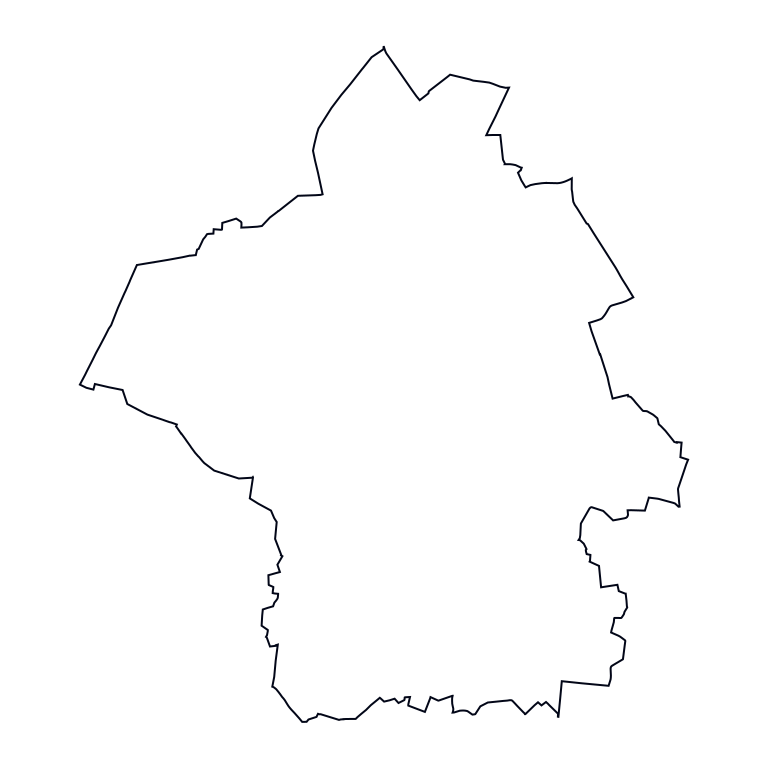 the district of Degoles pag., Tukums, Latvia
{"feature_id": "27541924B73428476484731", "entity_name": "Degoles pag.", "entity_type": "district", "adm_level": 2, "iso_a3": "LVA", "parent_name": "Latvia", "parent_adm1": "Tukums", "projection": "orthographic", "projection_center": [23.152, 56.88], "detail": "fine", "context": "isolated", "style": "outline", "palette": "ink", "viewbox_px": 768, "rotation_deg": 0, "n_neighbors": 0, "source": "geoboundaries", "source_scale": "gbopen_adm2", "svg_char_len": 6052}
<svg xmlns="http://www.w3.org/2000/svg" viewBox="0 0 768 768"><path d="M557.9,716.7L558.4,716.8L560.1,699.4L561.8,681.2L581.9,683.3L608.6,685.8L610.2,680.7L610.6,679.3L610.8,677.7L610.9,675.6L610.6,668.7L610.8,667.4L611.2,666.5L612.0,665.8L615.3,663.8L622.9,659.3L623.1,658.1L624.7,645.5L625.3,641.1L625.2,640.6L624.9,640.2L622.5,638.4L620.2,636.7L618.4,635.7L611.1,632.5L611.5,630.4L613.2,624.4L613.8,622.2L614.2,618.3L614.4,618.0L614.9,617.9L620.9,618.0L621.3,617.9L621.7,617.5L623.0,615.6L623.9,614.2L624.4,612.3L624.6,611.7L627.2,607.5L627.2,607.2L626.9,606.3L626.5,600.8L625.7,593.7L625.4,593.7L618.8,591.1L617.4,584.8L601.1,587.3L599.0,565.9L592.4,562.9L589.6,561.6L590.0,560.7L590.1,559.3L590.4,555.5L590.4,554.9L586.7,554.1L586.0,551.6L585.8,550.0L586.5,549.1L583.8,543.7L580.0,540.2L578.6,540.0L579.8,538.2L580.3,535.1L580.8,525.0L580.9,523.5L589.5,508.5L590.5,507.5L591.0,507.3L591.7,507.2L602.8,510.8L603.4,511.1L612.8,520.1L613.1,520.4L624.4,518.3L625.9,517.9L627.0,517.1L627.6,516.1L627.9,515.4L628.0,514.6L627.6,510.3L631.1,510.2L644.9,510.6L648.7,498.2L648.8,497.6L656.9,498.6L658.7,498.9L673.4,502.9L674.5,503.3L675.0,503.5L675.5,503.9L678.0,506.2L678.5,506.7L679.6,506.6L679.0,500.8L678.8,497.8L678.4,493.9L678.0,489.5L678.1,488.4L679.1,485.5L681.2,479.3L684.9,468.3L686.2,464.4L686.8,462.9L688.1,459.7L680.4,457.2L681.0,449.5L681.3,445.8L681.6,442.6L676.9,442.1L676.8,442.7L674.2,441.9L673.6,441.0L665.5,430.9L661.0,426.2L658.8,424.3L657.4,418.4L657.2,418.1L655.3,416.5L654.0,415.4L652.8,414.5L648.9,412.3L647.2,411.3L646.8,411.3L646.4,411.1L645.8,411.1L643.6,411.0L642.9,410.8L642.3,410.2L637.5,404.7L635.5,402.4L633.7,400.1L631.2,397.4L630.7,397.0L628.7,396.3L628.2,396.4L628.1,395.5L627.9,394.9L623.5,395.9L612.6,398.6L609.0,384.1L607.5,377.0L606.0,372.4L600.2,354.3L599.8,354.5L591.5,331.1L589.1,322.9L596.8,320.5L600.5,319.2L602.0,318.3L603.2,316.9L604.1,315.8L605.2,314.3L606.4,312.4L607.9,309.8L608.8,308.3L609.8,306.8L610.4,306.3L610.8,306.0L612.1,305.4L622.0,302.5L625.9,301.1L633.3,297.3L632.9,296.6L626.8,286.5L622.3,279.4L620.3,276.0L618.0,271.8L615.7,267.8L593.7,233.3L588.0,224.1L586.6,223.5L581.8,215.8L578.9,211.1L577.0,208.1L574.7,204.8L573.9,203.0L573.4,202.0L573.2,201.1L572.8,197.8L572.1,191.5L571.9,190.7L571.7,189.2L571.8,178.6L571.8,178.3L570.6,179.0L567.2,180.6L565.3,181.4L563.3,182.1L561.1,182.7L559.5,183.0L557.6,183.2L548.2,183.0L546.1,183.0L546.1,182.9L541.9,183.2L535.2,184.1L530.5,185.1L527.5,186.5L525.7,187.4L525.0,186.4L521.3,180.3L518.0,172.7L520.6,170.2L520.8,170.2L521.7,167.7L520.7,167.5L515.6,165.1L512.5,164.5L510.1,164.2L504.8,164.2L505.0,163.8L503.0,159.7L502.8,158.0L500.3,135.0L492.6,135.0L486.3,135.2L489.0,129.4L495.5,116.5L498.4,110.2L509.0,87.6L505.7,87.8L500.0,86.6L492.8,83.8L489.3,82.6L483.5,81.8L473.2,80.6L469.7,79.4L450.1,74.7L447.5,76.8L429.1,91.0L428.7,91.7L428.4,93.4L419.7,100.2L416.4,96.2L411.6,89.5L397.6,69.3L386.3,53.3L385.8,52.2L385.4,51.4L384.4,48.5L383.7,46.1L383.4,49.3L371.6,57.2L362.8,68.3L362.1,69.1L350.2,84.3L341.3,94.9L331.5,107.9L328.4,112.8L325.8,116.9L318.5,128.4L316.8,134.0L315.2,140.7L314.3,144.4L313.0,150.7L313.1,151.2L315.1,160.8L318.0,172.8L322.6,194.3L320.5,194.9L315.5,195.2L297.9,195.8L278.6,211.0L278.2,211.0L277.8,211.5L269.9,217.5L261.9,226.0L257.2,226.7L247.8,227.3L241.3,227.6L241.5,224.3L241.4,222.5L241.0,221.9L240.4,221.4L236.2,218.6L228.4,221.1L222.3,222.9L222.0,229.3L221.9,229.6L221.6,229.7L221.0,229.8L213.7,229.2L213.4,233.6L208.3,233.9L207.4,234.1L207.0,234.2L205.3,236.8L203.2,239.3L198.7,248.9L197.1,249.6L195.8,255.1L195.7,255.1L190.1,255.7L189.9,255.6L182.6,257.2L168.9,259.7L158.8,261.4L136.9,265.0L130.0,280.6L129.7,281.5L125.1,291.9L124.9,292.2L118.0,307.7L111.1,325.3L108.8,328.6L105.1,335.9L99.8,346.0L97.5,350.2L96.7,351.7L95.9,353.2L92.6,359.9L86.9,371.1L85.2,374.6L79.9,384.6L86.4,387.8L93.4,389.6L94.1,387.0L94.9,384.0L109.1,387.3L122.6,390.0L127.3,404.0L147.4,414.6L160.5,419.0L169.4,422.1L171.1,422.5L176.8,424.5L176.6,424.9L176.3,426.3L176.1,426.5L176.6,427.1L177.4,428.2L180.1,432.1L181.1,433.6L181.3,433.5L185.8,439.7L186.1,440.2L190.6,446.5L191.0,447.2L195.2,452.9L198.3,456.4L199.0,457.0L202.6,461.3L204.3,463.1L214.2,470.6L238.8,478.5L252.4,477.7L252.9,477.1L253.0,477.3L249.8,498.4L258.3,503.7L271.0,510.6L274.2,518.1L276.7,522.0L275.1,538.9L281.3,555.1L281.1,555.4L282.4,556.2L282.0,556.9L277.4,564.7L279.9,572.0L268.4,575.2L268.7,584.7L268.8,585.0L272.0,586.4L273.3,587.0L273.3,587.9L272.8,591.3L272.7,593.1L274.7,593.5L278.1,593.8L278.1,594.6L277.8,597.6L277.5,598.6L276.1,600.6L274.4,602.6L273.1,606.3L267.6,607.9L262.8,609.5L262.2,615.6L261.6,625.7L267.8,630.0L267.8,631.0L267.0,635.2L266.0,636.9L266.5,637.2L267.0,638.1L270.0,646.5L275.9,645.8L275.8,645.2L277.8,644.6L275.7,660.6L274.2,677.0L272.3,686.7L273.5,687.1L274.5,687.8L276.2,689.2L278.5,692.0L280.6,694.8L282.0,696.8L283.5,698.5L284.8,700.2L287.0,703.8L288.4,706.0L289.6,707.6L291.3,709.6L294.6,713.1L299.3,718.4L302.2,721.9L306.6,721.8L308.5,719.5L316.5,716.9L318.0,713.8L319.6,714.3L320.6,714.2L339.0,719.9L340.9,719.4L343.5,719.3L343.5,719.1L346.3,719.0L355.7,718.9L357.5,717.1L361.1,714.0L366.1,709.9L370.8,705.2L376.8,700.3L379.8,697.8L380.7,698.5L384.1,701.6L389.6,700.3L394.6,698.7L398.5,703.0L404.3,700.1L404.5,699.6L404.7,697.5L405.0,697.3L410.0,697.0L408.3,704.3L408.3,705.6L424.9,711.9L430.1,698.5L430.5,697.1L438.2,700.6L438.6,700.6L452.4,695.8L452.6,695.8L452.4,696.8L452.2,697.6L452.1,699.0L452.1,701.2L452.2,702.8L452.2,703.5L452.5,705.1L452.8,706.5L453.2,708.2L453.3,709.0L453.3,709.5L453.2,710.2L453.1,710.9L453.0,711.4L452.6,712.6L454.0,712.5L458.2,711.2L459.8,710.7L462.6,710.5L464.9,710.6L467.1,711.0L468.2,711.6L472.4,714.6L474.1,714.4L475.1,714.2L475.3,714.1L480.1,706.7L480.4,706.3L487.8,702.5L491.8,702.1L494.8,701.8L503.5,700.9L507.2,700.6L509.7,700.2L510.7,700.2L511.7,700.3L512.7,701.1L515.0,703.5L517.2,705.9L523.3,712.2L524.6,713.4L524.9,714.1L525.4,714.1L534.6,705.2L538.0,702.3L541.5,705.4L546.0,702.0L547.9,703.7L549.3,705.2L558.0,713.7L558.0,714.4L557.9,716.7Z" fill="none" stroke="#020617" stroke-width="2"/></svg>